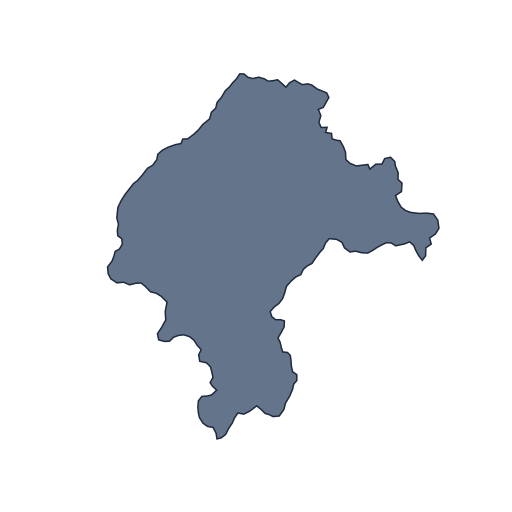 Virgolândia, Minas Gerais, Brazil (Natural Earth projection), rotated 32°
{"feature_id": "56859067B35408041837441", "entity_name": "Virgolândia", "entity_type": "district", "adm_level": 2, "iso_a3": "BRA", "parent_name": "Brazil", "parent_adm1": "Minas Gerais", "projection": "natural_earth1", "projection_center": [-42.302, -18.462], "detail": "fine", "context": "isolated", "style": "filled", "palette": "slate", "viewbox_px": 512, "rotation_deg": 32, "n_neighbors": 0, "source": "geoboundaries", "source_scale": "gbopen_adm2", "svg_char_len": 2889}
<svg xmlns="http://www.w3.org/2000/svg" viewBox="0 0 512 512"><g transform="rotate(32 256 256)"><path d="M360.5,379.4L361.0,371.4L359.0,365.2L358.8,356.8L357.7,349.9L355.9,344.6L356.6,340.0L353.5,335.0L348.3,334.7L344.3,330.6L340.9,325.8L337.7,322.1L333.8,321.1L329.5,323.2L325.8,320.0L322.2,316.4L318.1,313.8L317.9,307.1L317.4,301.2L314.5,296.0L310.6,297.0L306.4,299.6L301.7,299.1L297.5,295.7L298.4,289.8L300.6,284.1L301.1,278.0L300.0,272.5L297.9,265.5L299.1,258.6L300.8,252.8L303.9,248.0L303.2,242.4L304.7,237.3L307.4,232.7L307.6,226.4L308.2,219.1L309.1,214.1L308.1,208.1L308.9,202.5L315.5,199.2L321.6,198.9L326.8,202.3L333.6,202.8L337.8,199.2L344.0,197.2L349.2,194.3L351.8,189.8L354.2,184.5L356.8,179.9L359.6,175.6L363.7,173.3L369.1,173.3L372.3,170.2L375.7,166.9L378.7,162.6L384.2,163.5L388.7,166.7L393.8,169.5L399.3,171.5L399.7,165.9L395.7,159.1L398.3,153.0L393.7,148.8L396.5,142.3L396.5,135.6L391.2,129.3L384.2,126.3L377.8,129.3L371.9,133.4L364.5,136.9L359.1,138.2L353.3,137.7L347.4,134.6L342.3,130.8L345.2,124.3L341.2,116.8L335.8,115.8L332.4,110.0L326.6,105.9L323.6,102.3L317.7,101.0L313.5,105.2L314.1,111.3L308.9,114.7L306.5,122.0L302.4,119.1L298.2,122.5L293.3,126.5L286.4,127.6L281.1,126.6L277.0,120.7L272.4,117.1L266.3,113.7L262.5,115.3L258.4,116.3L255.1,112.0L249.6,114.3L248.1,109.2L243.1,112.5L238.5,109.3L236.6,102.6L231.2,98.7L234.3,94.3L234.1,89.2L233.8,83.0L229.5,80.2L224.7,81.0L219.4,82.0L213.0,81.4L208.8,82.5L204.5,86.1L200.0,86.4L195.4,86.4L192.7,91.2L191.9,97.0L186.0,95.9L180.9,95.1L177.5,98.3L173.7,101.3L169.3,101.3L163.6,102.9L159.2,107.2L154.5,108.7L149.4,108.0L145.7,110.1L145.5,116.6L144.4,121.4L144.0,126.3L142.4,132.0L142.6,139.8L141.6,146.2L143.5,151.9L142.0,157.8L144.0,164.3L141.2,172.5L140.4,179.3L138.7,185.8L135.9,193.0L131.9,195.6L132.8,200.4L128.6,204.3L123.6,210.6L120.4,216.2L118.8,221.8L120.8,226.8L120.3,233.8L117.5,239.1L116.6,248.3L115.5,254.9L113.7,259.6L113.1,266.0L112.3,273.3L112.3,280.5L113.1,287.9L115.4,292.7L117.8,297.5L122.5,301.9L124.9,307.9L128.1,312.1L133.0,312.5L136.3,316.7L136.5,322.6L134.1,326.7L135.5,331.1L136.6,336.5L135.9,344.0L140.1,349.4L145.0,352.3L152.3,352.5L157.6,348.4L164.1,347.4L168.3,343.0L172.9,339.7L178.5,340.5L185.5,342.3L191.0,340.5L196.9,340.4L205.0,342.3L208.5,351.3L213.3,358.0L213.8,366.2L213.6,374.1L217.9,378.7L223.8,376.9L227.8,374.1L229.2,368.5L232.4,364.4L236.6,361.1L242.4,359.6L248.1,360.3L253.5,362.9L259.2,364.5L259.7,370.2L264.1,375.1L270.6,372.8L276.1,374.1L280.3,378.1L283.8,381.7L284.2,387.7L288.1,389.5L293.7,390.6L292.0,397.2L289.0,400.5L284.5,403.7L283.9,409.4L286.8,415.0L290.8,420.2L293.8,423.1L299.7,425.9L305.4,426.2L310.4,424.1L316.1,427.5L319.8,431.8L322.9,428.7L324.8,423.4L324.2,416.3L324.4,410.2L323.6,405.0L323.8,398.8L329.5,396.5L332.8,391.1L336.0,382.7L342.0,383.5L347.2,384.7L351.3,383.5L355.5,383.2L360.5,379.4Z" fill="#64748b" stroke="#1e293b" stroke-width="1.5"/></g></svg>